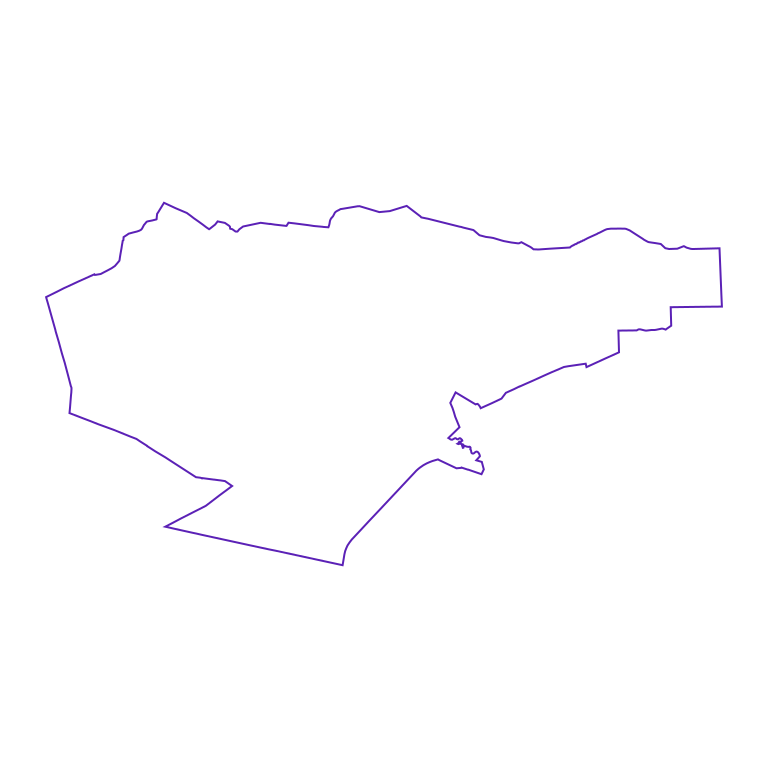 Ilzenes pag., Aluksne, Latvia
{"feature_id": "27541924B97832131674611", "entity_name": "Ilzenes pag.", "entity_type": "district", "adm_level": 2, "iso_a3": "LVA", "parent_name": "Latvia", "parent_adm1": "Aluksne", "projection": "equal_earth", "projection_center": [26.7, 57.377], "detail": "fine", "context": "isolated", "style": "outline", "palette": "violet", "viewbox_px": 768, "rotation_deg": 0, "n_neighbors": 0, "source": "geoboundaries", "source_scale": "gbopen_adm2", "svg_char_len": 5977}
<svg xmlns="http://www.w3.org/2000/svg" viewBox="0 0 768 768"><path d="M618.6,352.5L619.0,352.3L618.4,330.6L636.7,330.4L638.1,329.6L639.0,329.3L639.8,329.3L640.9,329.5L644.6,330.4L645.2,330.5L645.8,330.6L646.5,330.6L651.4,330.0L653.8,330.0L654.6,330.0L656.1,329.8L661.3,328.7L662.9,328.7L664.3,329.1L665.7,329.6L666.4,329.0L671.2,325.7L671.2,325.3L671.2,325.1L670.7,307.2L702.3,306.8L711.3,306.7L721.9,306.6L721.4,295.2L719.5,248.3L693.7,249.0L692.1,249.0L690.6,248.8L686.5,247.6L684.2,246.3L683.7,246.2L677.3,248.7L669.1,249.0L665.3,248.2L660.8,244.0L655.4,243.1L651.9,242.6L648.6,242.1L647.6,241.7L645.4,240.5L643.8,239.6L642.9,238.9L635.1,233.9L629.7,230.4L626.1,228.9L625.0,228.7L619.9,228.6L618.5,228.6L613.6,228.7L612.3,228.7L610.7,228.7L607.2,229.1L606.0,229.5L604.6,230.1L599.7,232.6L597.8,233.4L597.1,233.9L589.1,237.5L587.2,238.4L585.8,239.2L585.3,239.4L584.7,239.7L584.1,240.2L583.9,240.3L583.2,240.3L582.1,241.1L581.8,241.2L581.6,241.3L581.2,241.3L580.9,241.4L580.8,241.6L580.2,241.9L579.9,242.1L579.3,242.2L579.2,242.3L579.1,242.5L578.9,242.6L578.6,242.7L578.3,242.6L578.1,242.6L577.9,242.8L577.4,243.1L577.1,243.4L577.0,243.5L576.8,243.5L576.6,243.6L576.4,243.8L576.1,243.9L576.0,244.0L575.9,244.1L575.4,244.1L574.8,244.4L574.4,244.7L574.0,244.8L573.9,245.0L573.7,245.2L573.5,245.3L572.6,245.5L572.3,245.7L572.1,245.9L571.9,246.0L571.6,246.1L571.3,246.3L571.1,246.5L570.2,247.2L570.0,247.3L569.9,247.5L549.9,248.7L541.2,249.3L538.6,249.5L533.5,249.3L531.5,247.7L529.9,246.7L528.3,245.9L521.4,242.2L519.0,243.3L517.6,243.3L511.4,242.5L503.9,241.1L501.7,240.5L499.0,239.7L495.0,238.5L493.3,238.0L490.5,237.5L485.8,236.9L484.3,236.5L479.7,235.3L479.3,235.1L473.6,230.2L473.2,230.0L463.3,227.6L461.0,226.9L459.7,226.7L427.8,218.7L426.7,218.5L421.3,217.4L420.4,216.4L406.7,205.9L402.1,207.3L389.8,211.1L379.3,212.1L374.0,210.5L359.6,206.2L357.5,206.3L342.6,208.8L340.5,209.1L339.5,209.7L338.6,210.2L337.7,210.6L336.8,211.1L336.2,211.5L335.6,211.9L334.8,212.8L334.5,213.4L334.2,214.0L333.9,214.6L333.3,215.7L333.0,216.3L332.1,217.3L331.8,217.7L331.7,217.7L331.2,218.3L330.9,218.8L330.5,219.5L330.0,220.8L329.8,221.8L329.6,223.1L329.5,223.6L329.4,224.1L329.2,225.0L329.0,225.5L328.6,226.8L328.4,227.3L323.0,226.9L322.7,226.8L313.9,226.0L308.6,225.2L294.6,223.4L288.5,222.7L286.5,225.9L286.2,225.9L274.7,224.6L270.2,223.9L269.9,223.9L269.8,224.0L260.6,222.8L243.1,226.5L239.3,229.3L237.5,231.5L237.0,231.6L235.5,231.5L232.3,229.2L230.2,228.7L229.9,226.6L229.5,226.2L229.0,225.7L224.9,222.9L217.6,221.4L217.1,222.1L215.1,224.6L210.0,228.6L209.1,229.2L206.3,227.3L202.9,224.7L198.5,221.5L193.8,218.2L190.7,215.8L187.0,213.1L186.9,213.0L175.6,208.2L164.0,202.8L159.4,210.3L158.5,211.8L157.1,213.9L157.1,214.2L156.8,216.6L156.6,219.2L156.4,219.4L152.1,220.5L148.0,221.3L147.0,221.6L146.6,221.8L144.4,224.5L144.0,224.9L142.0,228.7L141.0,229.8L139.3,230.7L137.0,231.5L133.0,232.5L128.6,233.7L127.7,234.4L123.6,237.1L123.4,240.1L123.3,240.3L123.0,240.5L122.9,240.6L122.7,240.8L122.4,242.8L122.0,244.9L121.5,248.2L120.3,255.0L119.9,257.5L119.6,259.7L119.4,260.7L118.9,261.3L116.9,263.7L114.9,266.0L111.5,268.3L107.4,270.5L104.1,272.2L100.7,274.0L97.1,274.6L96.0,274.8L94.8,274.9L94.4,274.3L78.4,281.5L63.7,288.3L59.0,290.7L46.5,296.9L46.1,297.1L46.5,298.6L47.8,303.0L49.3,308.3L50.8,313.7L55.3,329.7L55.7,331.5L58.8,342.0L61.9,353.4L64.7,362.7L68.2,375.9L70.9,386.3L71.4,387.4L71.5,388.7L71.3,392.6L71.1,394.3L70.9,396.6L70.0,407.8L69.5,413.1L83.8,418.6L89.6,420.8L98.2,424.2L113.6,429.8L130.4,436.6L136.1,438.8L136.4,438.9L140.1,441.4L145.6,444.9L147.2,445.9L147.2,446.2L147.9,446.6L149.8,447.8L155.2,451.3L165.4,457.4L170.6,460.8L177.1,465.0L196.0,477.2L200.2,477.7L201.3,478.0L202.0,478.4L202.3,478.1L209.9,479.1L213.8,479.6L214.1,479.6L218.6,480.2L220.4,480.4L225.0,481.1L232.1,486.0L219.3,495.5L207.3,504.7L205.7,505.9L192.5,512.6L181.3,518.3L175.1,521.6L165.3,526.7L175.5,529.0L193.1,532.9L196.5,533.6L201.7,534.8L222.4,539.3L249.5,545.2L268.6,549.3L275.1,550.6L326.0,561.6L342.6,565.2L343.8,558.1L344.4,554.4L345.2,551.0L346.2,548.4L347.5,545.5L349.5,542.5L351.8,539.5L354.8,536.3L360.8,529.9L368.6,521.5L378.7,510.8L387.8,501.1L402.7,485.2L410.3,477.1L413.6,473.6L416.3,470.7L418.3,468.9L419.8,467.7L420.8,467.0L423.4,465.2L426.7,463.4L429.6,462.1L432.5,461.0L435.9,460.0L438.0,459.4L439.2,460.1L456.5,468.3L461.9,467.8L461.9,467.7L468.0,469.7L468.5,469.7L468.7,469.8L481.5,474.2L483.8,469.4L481.8,461.9L476.3,460.3L479.7,456.5L479.9,456.2L479.7,455.1L479.5,454.8L479.1,453.7L478.6,453.0L478.2,452.4L477.7,452.0L477.1,451.7L476.7,451.6L476.1,451.7L475.5,452.0L474.9,452.4L474.2,453.1L473.8,453.3L473.4,453.5L472.9,453.5L472.5,453.5L472.2,453.4L471.9,453.2L471.5,452.8L471.3,452.2L471.2,451.5L471.0,450.5L471.0,450.2L470.5,449.7L470.3,449.4L470.3,449.0L470.4,448.6L470.6,448.2L470.6,447.9L470.4,447.5L470.1,447.0L469.8,446.8L469.4,446.7L468.8,446.9L468.5,446.9L468.1,446.8L467.0,446.7L465.2,446.1L463.8,445.5L463.3,446.3L463.7,446.7L463.4,447.7L462.8,447.8L462.7,447.5L462.9,447.1L462.7,446.7L462.1,445.9L462.0,445.5L462.8,444.4L462.6,444.3L460.8,443.9L460.0,443.6L459.5,443.8L459.0,443.9L458.3,444.1L457.5,443.7L458.0,443.4L458.9,443.3L459.3,443.0L458.9,442.3L459.2,441.7L460.2,441.7L460.9,442.0L461.3,441.3L462.3,440.7L462.0,439.9L460.7,438.6L459.9,438.2L459.1,438.5L458.1,439.2L457.4,439.3L457.1,439.2L456.7,439.0L456.0,438.4L455.5,438.2L455.1,438.2L454.2,438.6L453.2,439.2L453.0,439.3L452.7,439.4L452.3,439.7L451.8,439.7L451.1,439.6L450.8,439.5L450.5,439.4L449.9,439.0L449.1,438.4L448.4,438.0L459.5,427.2L455.2,416.7L453.8,411.9L452.5,408.0L450.3,402.9L455.6,392.4L475.6,404.4L476.3,404.1L477.6,403.9L477.7,404.0L478.4,404.6L479.9,406.5L480.3,407.4L480.7,408.2L480.9,408.1L491.8,403.2L501.5,398.6L505.9,392.8L513.9,389.2L519.4,386.5L519.5,386.6L524.2,384.5L529.2,382.3L531.5,381.3L542.1,376.5L544.3,375.5L551.7,372.2L559.3,369.0L563.9,367.0L568.4,366.2L577.4,364.9L585.7,363.7L586.5,367.1L605.3,358.5L618.6,352.5Z" fill="none" stroke="#5b21b6" stroke-width="2"/></svg>